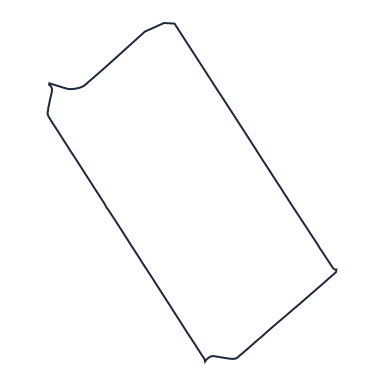 Shaykh Zayed, Al Jizah, Egypt
{"feature_id": "37247803B86158206640686", "entity_name": "Shaykh Zayed", "entity_type": "district", "adm_level": 2, "iso_a3": "EGY", "parent_name": "Egypt", "parent_adm1": "Al Jizah", "projection": "equal_earth", "projection_center": [30.979, 30.049], "detail": "fine", "context": "isolated", "style": "outline", "palette": "slate", "viewbox_px": 384, "rotation_deg": 0, "n_neighbors": 0, "source": "geoboundaries", "source_scale": "gbopen_adm2", "svg_char_len": 4011}
<svg xmlns="http://www.w3.org/2000/svg" viewBox="0 0 384 384"><path d="M204.8,360.7L205.0,360.6L205.3,360.7L205.3,360.8L205.5,360.9L205.5,361.0L206.4,359.6L207.2,358.9L208.8,357.7L209.1,357.5L209.4,357.3L209.6,357.1L209.8,357.0L209.9,356.9L210.0,356.9L210.3,356.7L210.5,356.6L210.8,356.5L211.0,356.4L211.3,356.4L211.5,356.3L211.8,356.2L212.0,356.2L212.3,356.1L212.6,356.1L212.8,356.1L213.1,356.1L213.3,356.1L213.5,356.1L213.9,356.1L214.0,356.1L214.4,356.2L216.1,356.5L217.5,356.7L225.1,358.0L229.7,358.7L232.1,358.9L232.4,358.9L232.6,358.9L232.9,358.9L233.1,358.9L233.4,358.9L233.5,358.9L233.9,358.9L234.0,358.9L234.3,358.8L234.5,358.8L234.8,358.7L235.0,358.7L235.3,358.6L235.6,358.5L235.7,358.4L235.9,358.4L236.0,358.3L236.2,358.2L236.3,358.2L236.5,358.1L236.8,358.0L236.9,357.9L237.1,357.8L237.2,357.7L237.3,357.6L237.5,357.5L239.8,355.5L248.2,348.3L257.1,340.5L258.3,339.5L263.2,335.3L264.9,333.7L271.5,327.9L275.6,324.4L277.2,323.0L281.6,319.3L286.2,315.4L289.8,312.3L290.6,311.7L293.0,309.5L296.6,306.5L307.7,296.9L309.7,295.1L314.3,291.2L317.3,288.5L321.2,285.2L324.1,282.6L326.5,280.5L328.8,278.4L331.8,275.9L332.9,274.9L333.6,274.2L334.8,273.2L336.1,272.0L336.1,271.7L336.1,271.4L336.2,270.9L336.4,269.5L336.2,269.5L335.4,269.5L334.7,269.4L334.3,269.2L334.1,269.1L333.5,268.5L333.3,268.4L333.2,268.2L332.9,267.8L332.7,267.6L332.6,267.4L331.8,266.3L329.6,262.9L328.7,261.6L328.0,260.6L326.0,257.5L323.7,254.0L321.9,251.3L319.9,248.4L318.6,246.2L318.2,245.5L318.2,245.4L318.1,245.2L316.7,243.1L315.8,241.8L315.7,241.6L313.8,238.7L313.5,238.3L313.4,238.1L311.5,235.2L310.1,233.1L310.0,232.9L309.9,232.7L308.8,231.1L307.9,229.6L305.2,225.5L304.4,224.3L300.6,218.6L298.7,215.6L298.5,215.4L298.4,215.2L292.6,206.4L291.4,204.6L288.5,200.1L287.5,198.4L284.7,194.2L282.0,189.9L281.9,189.8L281.7,189.4L279.8,186.5L278.8,185.0L278.6,184.7L278.4,184.4L277.9,183.6L276.9,182.1L276.7,181.8L276.5,181.5L275.3,179.6L273.7,177.1L271.8,174.2L271.6,173.9L271.5,173.7L269.9,171.2L267.5,167.5L264.9,163.5L263.1,160.8L261.9,158.9L261.7,158.5L261.4,158.1L258.9,154.2L258.7,153.8L257.8,152.5L256.6,150.6L256.5,150.4L256.3,150.1L255.6,149.0L253.3,145.4L251.7,143.0L251.6,142.8L251.5,142.6L251.3,142.3L251.2,142.1L221.3,95.9L220.7,95.0L220.5,94.7L220.3,94.5L174.5,23.6L164.0,23.0L145.5,31.3L144.2,32.2L112.2,61.1L102.9,69.4L96.6,74.9L89.9,80.7L86.5,83.7L85.3,84.8L84.9,85.0L84.6,85.3L83.8,85.9L82.6,86.5L81.4,87.1L79.8,87.6L78.3,88.1L76.3,88.5L74.7,88.8L73.0,89.0L70.5,89.1L68.9,89.0L67.7,88.9L66.1,88.4L63.2,87.6L56.2,85.4L51.6,84.0L49.4,83.4L49.4,83.5L49.2,84.2L49.1,84.7L49.3,84.8L50.3,85.7L50.5,85.9L50.8,86.2L51.2,86.9L51.7,87.9L51.8,88.4L51.9,88.9L52.0,89.8L52.0,90.2L52.0,90.5L51.4,94.0L51.3,94.3L51.2,94.5L51.1,95.0L50.3,98.3L49.6,101.7L49.1,104.3L48.4,107.4L48.2,108.8L48.1,109.8L48.1,110.4L48.1,110.5L48.1,110.8L47.8,111.2L47.7,111.5L47.6,111.8L47.7,113.2L47.7,113.8L47.7,114.1L47.6,114.3L48.2,115.4L48.3,115.7L48.4,116.0L48.5,116.4L48.8,117.1L48.9,117.3L49.1,117.5L49.6,118.1L49.8,118.5L50.0,118.8L50.7,120.0L52.9,123.6L58.3,131.8L60.1,134.7L60.2,134.9L60.3,135.0L62.2,138.0L63.6,140.2L66.1,144.0L67.8,146.7L69.8,149.9L71.3,152.3L72.1,153.3L81.6,168.1L83.8,171.5L85.6,174.4L90.1,181.3L93.3,186.4L98.0,193.6L104.3,203.4L104.8,204.3L106.2,206.8L106.3,206.9L106.3,207.0L106.9,208.1L107.1,208.3L107.4,208.6L108.8,210.6L109.0,210.9L111.9,215.3L119.2,226.5L120.1,228.0L120.4,228.4L120.6,228.7L123.2,232.8L126.5,238.0L126.7,238.3L126.9,238.6L130.3,244.0L134.2,250.0L138.6,256.8L138.9,257.2L139.1,257.6L140.5,259.8L141.6,261.6L147.2,270.2L148.7,272.5L150.0,274.5L152.8,278.8L155.9,283.7L159.7,289.6L159.8,289.7L159.9,289.9L163.4,295.4L167.0,301.0L170.3,306.0L171.2,307.6L172.1,308.9L173.3,310.8L175.9,314.9L178.5,318.9L179.1,319.8L180.0,321.3L180.3,321.7L180.5,322.0L184.3,328.0L186.6,331.6L189.8,336.5L190.8,338.0L191.8,339.5L192.7,341.0L194.0,342.9L195.9,345.8L196.0,346.0L197.0,347.6L199.7,351.8L199.9,352.1L200.0,352.3L202.1,355.5L203.3,357.2L204.5,359.1L204.8,360.7Z" fill="none" stroke="#1e293b" stroke-width="2"/></svg>